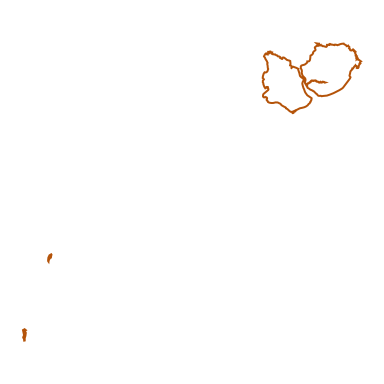 outline of Yangon (South), Yangon, Myanmar
{"feature_id": "60261553B83294236469928", "entity_name": "Yangon (South)", "entity_type": "district", "adm_level": 2, "iso_a3": "MMR", "parent_name": "Myanmar", "parent_adm1": "Yangon", "projection": "mercator", "projection_center": [96.21, 15.522], "detail": "fine", "context": "isolated", "style": "outline", "palette": "amber", "viewbox_px": 384, "rotation_deg": 0, "n_neighbors": 0, "source": "geoboundaries", "source_scale": "gbopen_adm2", "svg_char_len": 5594}
<svg xmlns="http://www.w3.org/2000/svg" viewBox="0 0 384 384"><path d="M316.6,43.4L316.9,43.7L318.3,44.1L318.6,44.3L318.8,45.0L318.7,45.5L318.1,45.9L316.5,45.9L316.1,46.4L315.3,46.9L315.0,47.2L314.8,47.8L315.4,49.2L315.5,49.7L315.4,50.2L315.2,50.4L314.2,51.1L313.4,51.9L313.0,52.7L313.1,53.2L312.6,54.1L311.8,54.9L310.5,55.6L310.4,55.9L310.4,56.6L310.2,58.7L309.8,60.4L309.2,61.1L308.9,61.3L308.0,61.5L307.3,61.4L307.2,62.1L306.8,63.0L304.7,64.6L302.1,65.3L301.4,65.6L300.8,66.4L300.8,68.3L301.6,69.7L301.9,71.1L301.7,72.7L302.3,75.0L302.8,75.9L305.2,78.4L305.5,79.6L305.4,80.7L304.9,82.3L305.0,83.0L306.5,85.7L306.8,85.2L306.7,84.4L307.2,83.6L307.7,83.3L308.2,83.3L308.9,83.0L309.4,82.4L310.2,81.9L310.3,81.7L310.9,81.1L311.1,80.8L311.9,80.4L312.8,80.6L315.5,80.4L316.0,80.6L316.8,81.5L317.7,81.5L319.2,82.4L319.5,82.4L320.4,81.7L320.8,81.9L321.0,82.4L321.9,82.4L322.3,82.2L322.7,81.7L322.9,81.7L323.3,82.0L323.7,81.9L324.0,81.9L324.9,82.4L325.3,82.5L325.0,82.6L324.6,82.6L324.2,82.2L323.4,82.1L322.8,81.9L322.3,82.4L321.7,82.6L321.1,82.6L320.8,82.5L320.6,81.9L320.4,81.9L319.7,82.6L319.3,82.6L319.1,82.6L317.6,81.7L316.9,81.7L316.5,81.6L315.5,80.7L314.4,80.7L313.3,81.0L311.8,80.8L311.1,81.2L310.8,81.5L310.7,82.1L310.4,82.4L309.6,82.4L308.9,83.3L307.2,84.0L307.1,84.5L307.2,86.2L307.5,87.6L307.7,87.9L309.0,88.6L310.1,89.5L312.8,90.7L313.0,91.0L313.8,91.3L316.3,93.8L317.0,94.2L317.8,95.4L319.0,95.9L320.8,95.8L321.5,96.2L323.7,95.9L326.9,95.6L329.6,94.7L333.4,93.2L335.2,92.3L339.5,90.1L342.1,88.5L343.1,87.6L348.7,80.2L350.0,78.4L350.5,77.2L349.8,76.4L349.5,75.6L350.1,73.3L350.3,72.0L350.6,71.2L351.5,70.1L351.8,69.9L351.9,69.5L352.3,69.2L352.3,68.5L352.9,68.5L353.1,68.4L353.1,68.1L353.4,67.8L354.6,66.2L354.9,66.2L355.4,65.4L355.6,65.8L356.2,65.8L357.2,66.5L356.7,67.9L357.0,68.1L358.1,68.0L358.5,67.5L358.9,65.3L360.2,63.6L359.6,63.4L360.4,61.8L361.0,61.4L359.1,60.0L357.9,59.6L358.1,59.1L357.6,58.6L357.7,58.3L357.6,58.1L357.2,59.0L356.9,59.2L357.1,58.5L357.0,58.3L356.6,58.4L356.6,58.2L356.8,58.0L356.7,57.8L356.9,57.4L356.7,57.3L356.3,57.4L356.4,56.8L356.0,56.1L356.3,55.9L356.1,55.8L355.8,55.9L355.7,55.8L356.0,55.5L355.9,55.2L356.0,54.6L355.7,54.2L355.2,53.7L355.3,52.5L355.6,51.8L355.4,51.6L355.1,51.4L354.8,52.1L354.5,51.6L354.0,51.2L354.2,50.8L353.9,50.7L353.8,50.2L353.4,50.3L353.1,49.4L352.9,49.4L352.3,50.0L351.3,50.5L350.4,50.3L349.8,49.5L349.8,48.9L349.2,48.4L349.5,48.1L349.3,47.7L349.3,46.9L348.8,46.6L348.2,45.7L347.8,46.1L346.8,46.2L346.8,45.8L346.4,45.7L346.0,45.2L344.1,44.2L343.7,43.6L341.7,43.8L340.0,44.2L339.2,44.7L338.7,44.7L337.6,45.2L337.2,45.0L336.6,44.8L336.1,44.9L335.7,44.7L335.2,44.6L334.6,44.7L334.4,45.1L332.0,44.6L331.8,44.7L329.9,43.9L329.2,44.3L329.4,44.8L329.4,45.0L329.2,45.0L329.0,44.8L328.6,44.6L328.4,44.7L328.4,44.9L328.0,45.0L327.6,45.3L327.4,44.9L327.1,44.9L327.2,45.4L327.1,45.8L326.7,46.1L326.7,46.5L326.1,46.9L323.3,46.1L322.5,46.1L322.0,45.6L321.2,45.5L320.9,44.9L319.8,45.5L319.2,45.3L319.2,44.2L319.1,43.7L318.5,43.7L316.6,43.4ZM263.7,93.8L263.3,94.3L263.1,95.0L263.0,96.3L263.2,96.8L263.6,97.2L263.9,97.4L264.4,97.4L265.1,97.0L265.4,97.3L266.1,97.2L266.9,97.7L267.1,98.3L267.0,99.0L266.7,99.4L266.6,99.9L267.2,100.8L267.7,101.1L267.9,101.5L268.0,102.0L268.9,102.5L270.0,102.8L271.3,103.0L273.1,103.0L275.6,102.4L277.7,102.5L278.8,103.0L279.3,103.3L280.1,103.6L280.8,104.2L281.5,105.2L283.7,106.5L285.4,107.3L285.9,107.7L285.9,108.3L287.3,109.0L289.6,111.1L290.7,111.8L291.2,111.9L292.6,111.7L294.9,110.7L295.9,110.1L296.7,109.9L299.8,108.3L302.2,107.8L304.1,107.3L305.8,106.6L307.7,105.3L308.7,103.9L309.6,103.4L310.0,102.6L310.1,102.1L310.7,101.7L310.7,101.2L311.2,100.4L311.4,99.9L311.3,99.5L311.6,98.9L311.6,98.2L311.2,97.9L307.3,95.3L305.5,92.8L304.9,91.7L304.1,89.3L303.5,88.1L302.9,86.2L302.4,84.2L302.3,83.4L302.7,82.0L303.5,80.5L303.5,79.4L303.4,78.5L303.1,78.2L301.8,77.7L301.2,77.2L300.2,76.2L299.9,75.6L299.4,73.3L298.3,70.0L298.2,69.5L298.4,68.9L296.2,67.8L293.1,66.7L292.7,66.7L291.5,68.0L291.4,67.9L291.7,67.4L292.4,66.7L291.4,66.2L291.1,65.9L290.8,65.4L290.1,65.3L290.5,63.4L290.2,61.0L289.4,60.6L288.4,60.4L286.7,59.8L286.0,59.1L284.2,57.7L283.3,57.5L282.8,57.6L282.3,58.9L282.1,59.0L281.8,58.9L281.4,58.6L280.3,58.0L280.6,57.6L280.5,57.4L280.3,57.2L279.5,56.6L279.3,56.6L277.8,56.3L277.3,55.5L276.3,55.3L275.1,54.4L274.6,54.5L274.1,54.5L273.6,54.2L272.7,54.2L272.4,53.8L271.8,53.8L271.5,53.5L272.1,52.9L272.2,52.4L270.6,52.1L270.4,51.5L269.9,51.5L269.3,52.1L269.0,51.9L268.2,51.9L268.2,52.2L268.4,53.1L268.6,53.0L268.7,52.8L268.9,52.6L269.3,52.8L269.3,53.0L268.9,53.5L268.3,53.8L267.7,53.7L267.2,53.4L266.7,53.4L266.9,53.9L266.7,53.8L266.6,54.2L266.4,54.1L265.5,53.9L265.3,54.0L265.3,54.3L264.4,55.4L264.0,56.5L264.8,57.4L265.2,58.2L265.3,58.7L266.8,61.1L267.6,62.9L267.3,63.3L267.3,64.4L267.6,65.5L267.8,68.0L268.2,69.0L268.0,69.5L267.5,71.1L267.1,71.7L266.3,72.3L265.4,72.5L264.6,72.3L263.7,73.6L262.9,76.3L262.7,78.0L263.4,78.6L263.9,79.4L262.9,80.6L262.8,82.3L263.3,83.1L263.4,84.3L264.3,86.8L265.3,88.3L265.8,88.1L266.3,87.1L266.9,86.9L267.8,87.0L268.1,88.1L267.9,88.3L268.4,89.1L268.4,89.5L268.2,90.0L263.7,93.8ZM24.7,340.5L24.7,338.1L25.4,335.9L25.8,332.8L25.1,331.6L24.8,330.9L25.8,330.2L24.5,329.2L23.0,330.1L24.1,335.3L23.4,336.7L23.2,337.7L23.9,338.2L24.2,340.6L24.7,340.5ZM48.6,260.6L49.8,258.2L50.9,257.6L51.2,255.6L51.5,254.8L51.2,254.3L49.5,255.3L48.4,257.6L48.1,260.4L48.2,261.2L48.5,261.6L48.6,260.6ZM293.0,113.1L293.5,112.9L293.8,112.0L295.4,111.3L295.5,111.1L295.4,111.0L295.1,111.0L294.2,111.3L292.3,112.3L292.4,112.8L292.6,113.1L293.0,113.1Z" fill="none" stroke="#b45309" stroke-width="2"/></svg>